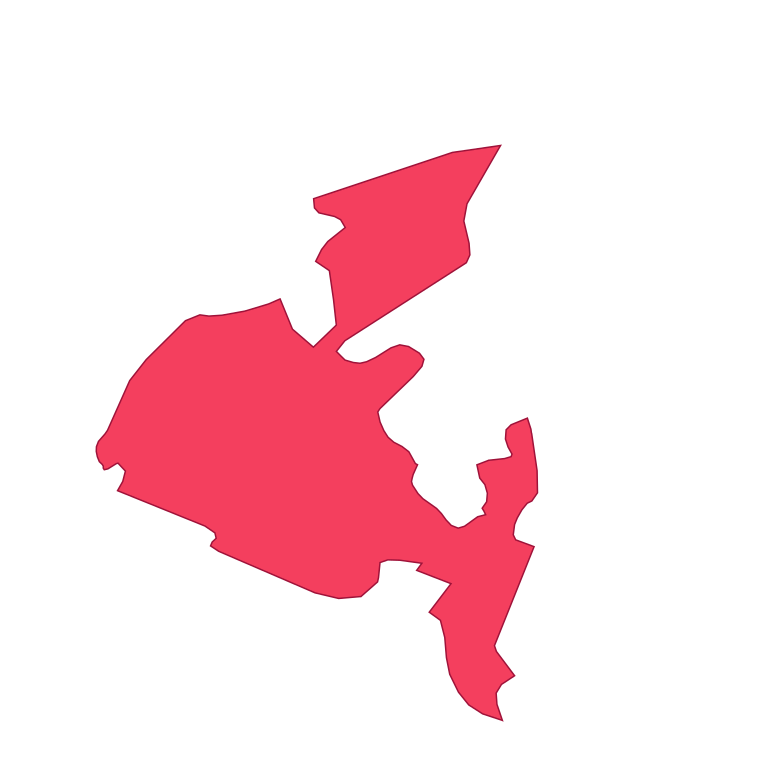 map outline of Maguindanao (orthographic projection), rotated 23°
{"feature_id": "PHL-2576", "entity_name": "Maguindanao", "entity_type": "Province", "adm_level": 1, "iso_a3": "PHL", "parent_name": "Philippines", "parent_adm1": "", "projection": "orthographic", "projection_center": [124.466, 7.153], "detail": "fine", "context": "isolated", "style": "filled", "palette": "rose", "viewbox_px": 768, "rotation_deg": 23, "n_neighbors": 0, "source": "natural_earth", "source_scale": "10m", "svg_char_len": 2042}
<svg xmlns="http://www.w3.org/2000/svg" viewBox="0 0 768 768"><g transform="rotate(23 384 384)"><path d="M273.2,297.8L274.0,284.6L276.6,274.8L287.2,255.1L279.9,249.7L273.1,249.1L257.2,251.9L251.2,249.1L246.8,240.9L356.5,144.1L398.1,118.9L390.0,185.7L393.8,202.8L407.3,221.2L412.6,231.6L412.4,240.2L331.1,359.4L327.4,372.6L334.4,375.5L334.5,375.5L338.8,377.2L347.4,376.2L353.8,374.3L355.2,373.3L359.3,370.3L365.9,362.9L376.3,348.0L383.2,341.8L392.0,339.9L404.6,341.8L411.1,345.6L412.0,352.9L408.0,365.7L389.9,408.2L389.2,412.2L395.2,420.5L402.1,427.0L408.5,431.4L415.8,433.8L425.0,434.5L433.4,436.7L444.0,445.0L446.4,445.2L446.2,455.9L446.7,459.5L447.4,463.0L449.8,466.0L458.1,471.6L464.6,474.4L481.0,478.0L487.6,480.9L494.3,484.9L501.2,487.9L508.6,487.7L513.7,483.5L522.1,469.6L528.6,464.6L525.8,462.1L522.9,460.0L524.5,452.3L521.8,444.1L516.2,437.2L508.9,433.2L501.1,422.1L510.0,413.5L510.0,413.4L524.2,405.5L524.3,405.4L529.4,401.2L529.2,398.5L522.8,393.5L517.3,387.2L514.3,378.4L516.9,371.9L529.3,359.4L536.9,368.2L538.6,371.1L539.4,372.1L558.8,404.0L567.8,424.2L565.8,433.9L562.4,437.8L560.1,445.9L559.0,455.2L559.1,462.3L561.9,472.3L566.1,476.0L585.7,475.1L587.9,581.7L592.0,586.3L618.2,601.5L609.5,614.6L608.0,624.7L613.1,634.7L624.4,647.4L624.2,647.4L603.7,649.1L587.4,646.3L573.0,638.6L557.9,625.5L548.4,611.5L539.0,593.6L528.3,579.5L514.8,576.4L523.7,541.6L486.9,542.8L488.9,534.2L467.2,540.1L456.2,544.4L456.1,544.5L450.1,549.9L454.6,564.4L455.4,568.7L445.8,588.7L445.7,588.7L426.1,599.1L402.1,603.2L297.3,602.6L287.6,600.8L287.6,596.6L289.8,591.6L286.5,587.1L274.7,584.7L181.4,586.3L180.4,586.3L181.6,575.8L180.0,565.2L170.1,560.8L168.7,561.9L163.0,570.0L160.0,572.2L158.5,571.2L157.6,569.2L156.0,568.1L152.3,566.7L148.6,563.0L145.5,558.5L143.8,554.1L143.6,548.4L146.7,539.0L147.6,534.7L148.6,480.2L155.6,454.4L176.5,403.3L187.5,392.3L196.3,389.9L208.0,384.0L227.4,371.3L246.4,355.5L255.1,346.3L278.3,369.3L304.6,377.7L317.1,348.4L304.6,326.1L289.4,301.0L273.2,297.8Z" fill="#f43f5e" stroke="#9f1239" stroke-width="1.5"/></g></svg>